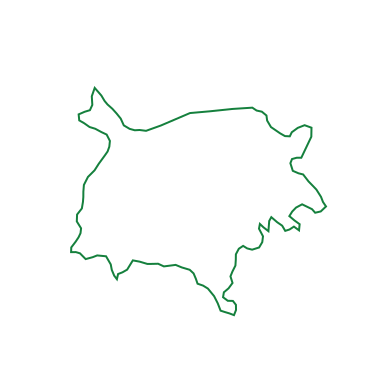 Cosmópolis, São Paulo, Brazil, rotated 341°
{"feature_id": "56859067B61325650388807", "entity_name": "Cosmópolis", "entity_type": "district", "adm_level": 2, "iso_a3": "BRA", "parent_name": "Brazil", "parent_adm1": "São Paulo", "projection": "albers", "projection_center": [-47.186, -22.652], "detail": "fine", "context": "isolated", "style": "outline", "palette": "green", "viewbox_px": 384, "rotation_deg": 341, "n_neighbors": 0, "source": "geoboundaries", "source_scale": "gbopen_adm2", "svg_char_len": 1926}
<svg xmlns="http://www.w3.org/2000/svg" viewBox="0 0 384 384"><g transform="rotate(341 192 192)"><path d="M180.4,313.5L184.0,316.2L187.9,319.0L191.6,322.1L195.2,317.9L196.8,313.0L195.2,308.3L190.4,306.5L187.1,301.6L189.5,297.2L195.2,295.0L200.7,291.2L200.9,284.3L204.3,280.4L209.1,275.7L211.4,270.2L213.2,265.2L217.8,260.9L222.8,259.6L225.8,263.3L230.1,266.1L237.4,266.3L242.1,262.3L244.7,257.0L243.4,248.5L245.8,244.3L248.1,248.7L251.5,253.9L255.6,244.5L258.8,241.6L262.7,248.3L266.3,253.2L267.5,259.1L272.0,259.2L277.1,257.9L280.7,263.1L283.3,257.5L279.6,252.2L276.2,246.5L280.4,243.1L285.3,240.6L292.1,239.5L299.9,247.3L301.7,251.7L307.4,252.3L314.0,249.3L312.6,244.1L312.4,238.6L310.4,230.2L308.3,225.6L305.6,219.9L302.8,211.6L298.8,209.0L294.2,204.8L294.4,196.8L297.3,193.4L302.1,193.7L306.5,195.2L322.8,178.6L325.9,170.1L320.2,165.5L312.9,165.8L305.8,168.0L302.6,171.2L298.1,169.4L294.4,165.2L291.0,160.6L287.8,156.3L286.3,148.9L287.3,143.9L284.2,138.8L279.6,136.0L276.5,131.9L257.5,126.7L235.1,121.5L215.8,116.7L184.2,119.0L168.5,119.2L162.6,116.3L158.0,115.0L153.6,112.0L149.2,106.8L148.5,99.4L146.3,93.3L143.8,87.4L140.6,81.7L139.0,77.5L137.7,71.3L133.9,61.9L128.4,68.9L126.1,77.2L122.1,81.4L116.7,81.2L110.1,81.7L108.7,87.6L112.4,91.8L116.3,97.2L121.1,100.7L125.9,105.9L130.0,109.9L131.0,117.0L128.6,122.2L125.4,126.2L121.0,129.4L113.1,134.9L106.9,139.8L98.5,143.9L92.1,150.1L89.4,156.3L87.6,161.4L85.7,165.8L82.5,171.7L76.0,175.9L73.5,182.3L75.3,190.2L73.2,194.6L70.0,197.9L65.8,201.1L59.8,205.1L58.1,209.5L62.6,211.0L66.1,213.5L69.6,220.8L76.9,221.3L81.7,221.1L89.8,224.8L91.6,234.0L90.8,239.5L91.2,245.8L92.6,250.0L95.4,245.5L100.1,245.3L105.4,244.3L113.8,237.4L119.8,240.8L126.4,245.5L130.6,246.9L136.6,248.8L141.2,253.2L152.8,255.6L157.8,260.0L164.5,264.8L167.0,269.5L167.4,275.4L167.4,280.5L172.0,284.1L175.6,288.5L179.0,297.7L180.1,305.6L180.4,313.5Z" fill="none" stroke="#15803d" stroke-width="2"/></g></svg>